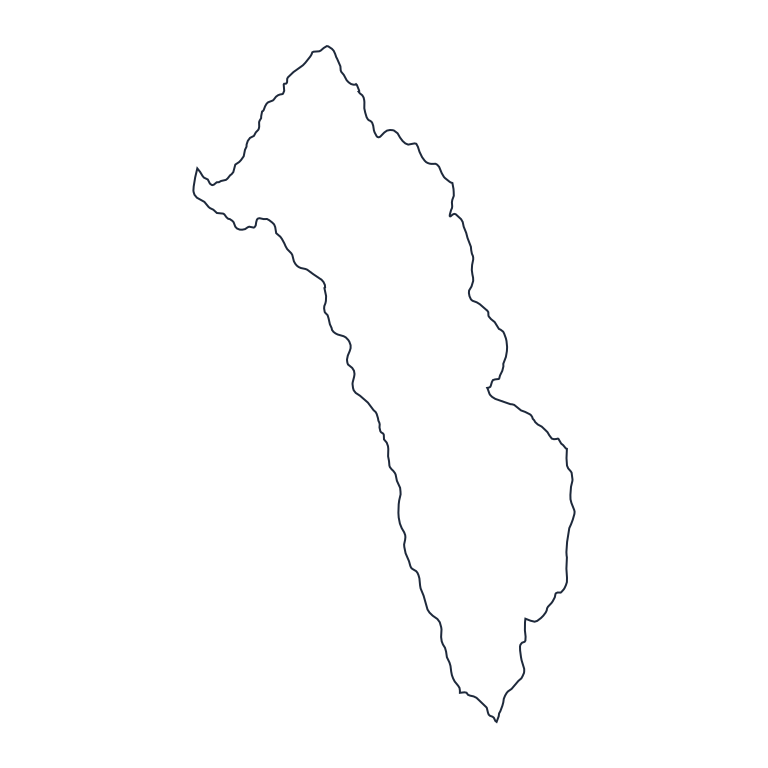 the district of Capitanejo, Santander, Colombia
{"feature_id": "7082276B5259246085028", "entity_name": "Capitanejo", "entity_type": "district", "adm_level": 2, "iso_a3": "COL", "parent_name": "Colombia", "parent_adm1": "Santander", "projection": "equal_earth", "projection_center": [-72.675, 6.515], "detail": "fine", "context": "isolated", "style": "outline", "palette": "slate", "viewbox_px": 768, "rotation_deg": 0, "n_neighbors": 0, "source": "geoboundaries", "source_scale": "gbopen_adm2", "svg_char_len": 6078}
<svg xmlns="http://www.w3.org/2000/svg" viewBox="0 0 768 768"><path d="M399.9,523.6L401.7,528.1L404.2,532.4L405.2,535.1L405.4,537.2L405.1,539.8L404.1,544.5L404.3,547.0L405.6,553.3L409.0,561.2L410.3,565.9L411.1,567.7L412.2,568.8L416.2,571.2L417.5,572.9L418.5,575.2L419.4,578.4L420.1,585.6L420.6,588.4L423.6,595.7L427.5,609.5L429.5,612.6L432.7,615.7L437.4,619.0L439.8,622.3L441.2,627.3L441.5,629.4L441.1,637.0L441.7,641.3L442.9,644.4L445.0,647.8L446.1,651.7L446.9,657.2L449.5,662.6L450.5,666.0L451.2,671.6L451.9,675.1L453.1,678.4L454.7,681.5L458.2,685.8L459.5,687.9L459.9,690.5L459.9,692.8L464.5,692.3L466.5,692.7L468.0,694.8L470.0,695.6L473.6,696.4L476.5,697.8L486.3,707.2L486.8,707.9L488.0,712.8L488.7,714.6L490.0,715.8L492.5,716.7L493.8,717.7L495.4,721.0L496.6,721.9L498.7,716.3L499.1,713.4L500.3,711.3L502.4,705.7L503.3,702.3L503.8,698.8L505.1,695.6L506.7,692.9L508.0,691.4L511.6,688.9L518.4,680.9L521.4,678.3L522.7,675.9L524.0,672.9L524.2,671.3L524.2,668.9L521.6,660.3L521.0,657.2L520.1,650.4L520.0,646.5L520.4,644.8L521.6,643.2L522.1,642.7L524.6,641.8L525.4,640.6L525.6,636.7L524.9,630.3L525.0,622.3L525.4,618.7L530.5,620.7L534.6,621.7L537.2,620.9L541.0,618.0L543.3,615.7L545.7,612.5L546.7,610.4L547.1,608.3L548.0,606.7L551.5,603.0L552.7,601.3L554.8,597.3L555.5,593.9L556.0,593.2L557.6,592.5L560.7,592.6L561.7,591.7L563.8,589.3L564.6,588.0L565.9,585.2L566.9,582.1L567.0,577.8L566.4,568.7L566.9,557.4L566.6,555.5L566.4,552.1L567.1,541.9L569.3,528.1L571.0,524.4L572.8,519.6L574.4,514.0L574.6,511.7L574.2,510.0L571.4,502.9L570.5,499.3L570.4,494.9L571.0,486.8L572.4,480.9L572.5,479.5L571.6,472.7L570.8,471.4L568.2,468.4L567.0,465.6L566.5,458.2L566.9,448.8L565.8,448.4L563.2,445.2L561.2,443.6L558.4,438.8L557.8,438.6L556.3,439.0L553.9,439.2L551.8,438.6L549.3,435.3L547.5,432.2L545.5,430.2L541.7,426.6L537.8,424.5L535.2,422.1L534.2,420.3L532.7,418.7L532.3,417.2L531.1,415.3L529.9,414.3L525.1,411.9L521.0,410.4L514.2,404.9L512.1,404.3L510.5,404.2L495.3,398.9L492.1,396.9L490.2,395.0L489.5,393.9L487.8,389.1L487.2,387.9L488.9,387.6L490.3,386.8L490.8,385.7L491.9,382.0L492.9,380.1L495.1,379.4L498.7,379.0L499.2,378.5L500.0,375.5L502.3,370.8L503.4,366.4L503.3,363.8L505.9,356.9L506.9,351.1L507.1,347.0L506.5,341.0L505.9,338.4L504.2,333.7L503.2,331.7L500.6,329.7L498.9,328.9L494.7,322.1L491.0,319.1L488.7,316.4L488.4,315.2L488.3,312.2L487.4,310.8L479.8,304.2L476.7,302.3L472.6,300.8L471.7,300.1L470.9,299.3L469.5,296.2L468.9,293.0L469.1,290.5L471.5,286.5L473.2,280.9L473.1,277.8L472.4,274.4L471.8,270.0L472.1,265.0L473.2,259.5L473.2,257.6L472.9,256.0L471.9,253.7L471.2,250.1L470.9,246.8L467.5,237.9L466.2,232.9L463.7,226.7L462.7,222.0L461.1,219.2L455.8,214.3L454.6,213.9L453.9,214.0L452.6,214.6L450.6,216.3L450.0,216.3L449.7,215.9L449.9,214.3L451.0,210.3L452.0,208.0L452.2,206.3L451.9,202.4L452.3,199.9L453.8,195.8L453.7,191.9L453.5,189.0L452.4,183.0L450.6,182.4L449.4,181.6L444.9,178.0L443.9,176.9L441.7,173.1L439.1,166.8L437.2,164.7L435.6,163.8L431.4,163.9L429.5,163.6L427.5,162.9L426.0,162.0L424.6,160.6L422.1,157.2L419.5,151.8L417.9,146.8L416.3,143.8L414.6,143.4L408.2,144.6L405.3,143.4L402.6,141.0L400.0,137.5L397.6,133.3L393.9,130.5L392.7,130.2L390.0,130.0L387.0,130.6L384.3,132.5L380.2,136.7L378.7,137.3L377.5,137.0L376.7,136.3L374.6,132.4L373.9,130.3L373.2,125.7L372.3,123.1L371.9,122.3L370.5,121.0L368.8,120.2L367.9,119.4L366.6,117.2L365.2,112.5L364.3,108.3L364.4,102.1L364.2,100.1L363.6,97.5L362.3,95.3L359.8,93.3L358.6,91.7L359.2,91.5L359.2,90.7L356.9,85.0L356.0,84.1L355.3,84.7L353.5,84.7L351.0,84.0L348.6,82.3L346.7,80.3L343.8,74.9L341.3,71.9L340.7,70.4L340.4,66.3L337.0,58.5L336.3,57.3L335.1,53.8L333.7,50.8L331.9,48.8L330.8,48.1L328.3,46.4L326.8,46.1L323.7,48.0L320.7,50.6L319.2,51.3L313.6,51.7L312.3,52.3L311.5,54.5L310.3,56.5L305.3,62.8L302.9,65.3L293.4,72.1L287.9,77.4L287.2,78.8L287.1,81.9L286.9,82.7L286.1,83.6L284.1,83.8L283.7,84.6L284.2,90.8L283.0,93.7L282.3,94.1L280.0,94.5L278.1,95.2L276.0,96.7L273.7,99.7L272.8,100.5L268.1,102.3L266.6,103.7L265.1,106.3L263.7,110.0L263.2,110.8L262.1,111.5L261.2,116.1L261.1,118.2L259.7,120.5L259.1,122.1L259.2,126.8L258.8,128.7L258.3,129.8L255.8,132.4L253.9,135.9L250.0,137.9L247.8,140.9L246.6,144.5L246.5,146.7L245.0,149.8L243.7,156.3L241.0,160.1L239.2,162.0L235.3,164.6L233.3,172.1L231.5,174.3L230.2,175.2L227.5,178.6L225.9,179.9L221.0,181.0L218.9,182.2L216.7,182.3L213.8,184.7L212.4,185.1L211.6,184.9L209.9,183.6L207.8,179.5L203.9,177.6L202.5,175.9L200.1,171.9L197.3,168.4L195.2,177.3L193.7,186.4L193.4,190.5L193.6,192.0L194.5,194.8L196.9,197.7L204.4,201.9L208.6,207.0L210.0,208.1L213.3,209.7L216.9,213.0L223.1,213.6L224.3,214.3L226.5,217.3L228.2,218.8L229.8,219.1L232.3,220.8L233.6,222.2L235.3,226.7L237.0,228.5L239.7,229.6L242.2,229.7L245.1,229.1L247.7,227.3L249.2,226.7L253.8,227.6L254.6,227.1L255.7,225.5L256.2,222.2L256.9,219.7L257.7,218.7L258.6,218.4L259.5,218.2L263.7,219.1L267.0,219.0L269.2,220.2L272.2,222.5L274.1,224.4L275.2,227.1L276.2,233.2L280.4,236.8L281.9,238.9L284.3,243.3L285.6,246.3L287.2,249.1L291.3,253.3L292.3,255.0L293.9,261.3L295.3,263.8L296.8,265.6L298.6,267.0L300.8,268.0L305.5,269.0L307.2,269.7L313.3,274.2L321.6,279.8L323.5,282.0L324.9,285.0L325.1,287.5L324.4,288.0L326.1,296.1L325.9,301.0L325.4,303.3L324.3,306.1L324.2,307.4L324.1,308.4L324.7,311.9L325.0,312.5L327.6,315.2L328.6,318.5L329.9,324.3L331.6,328.0L332.0,329.9L333.5,331.9L335.5,333.4L337.7,334.5L343.6,336.2L345.8,337.4L348.2,339.9L349.3,341.6L350.6,345.2L350.6,348.2L349.7,351.1L347.8,355.6L347.0,359.5L347.1,360.9L347.4,362.8L348.0,364.5L352.2,367.9L354.0,370.8L354.5,373.9L354.4,375.0L354.1,376.8L352.7,382.3L352.5,383.9L353.0,387.9L353.7,390.3L355.7,392.9L360.1,395.8L367.9,402.6L373.5,410.1L375.7,412.1L376.7,414.0L378.0,418.3L378.4,420.7L379.3,422.6L379.7,424.3L379.5,427.5L380.3,431.1L381.1,432.3L383.2,433.6L383.8,434.8L384.0,439.4L386.7,442.6L388.0,446.2L388.3,449.0L388.1,456.3L389.0,461.0L389.4,465.6L389.9,467.1L391.6,469.3L393.2,470.8L394.8,472.9L395.6,474.5L396.9,480.8L400.1,487.8L400.5,491.6L400.6,494.4L399.2,500.4L398.7,504.2L398.4,512.8L398.7,517.5L399.9,523.6Z" fill="none" stroke="#1e293b" stroke-width="2"/></svg>